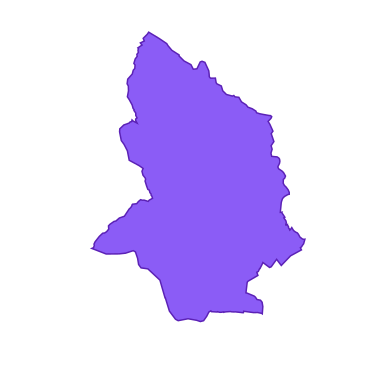 Mioveni, Arges, Romania (Mercator projection), rotated 124°
{"feature_id": "2599482B98376414707582", "entity_name": "Mioveni", "entity_type": "district", "adm_level": 2, "iso_a3": "ROU", "parent_name": "Romania", "parent_adm1": "Arges", "projection": "mercator", "projection_center": [24.948, 44.942], "detail": "fine", "context": "isolated", "style": "filled", "palette": "violet", "viewbox_px": 384, "rotation_deg": 124, "n_neighbors": 0, "source": "geoboundaries", "source_scale": "gbopen_adm2", "svg_char_len": 3703}
<svg xmlns="http://www.w3.org/2000/svg" viewBox="0 0 384 384"><g transform="rotate(124 192 192)"><path d="M306.4,131.5L305.6,130.7L299.3,124.4L295.8,116.5L294.7,112.6L292.2,110.4L286.8,110.3L282.1,110.9L280.0,109.9L280.3,108.9L277.4,104.0L277.0,104.0L276.8,103.4L276.6,102.9L276.6,102.6L276.4,102.3L276.3,101.9L276.2,101.8L276.1,101.5L275.8,101.1L275.4,100.6L275.3,100.4L275.2,100.3L274.8,99.9L274.4,99.5L274.3,99.4L274.2,99.1L273.7,98.7L273.9,98.3L273.6,98.1L273.2,97.8L273.0,97.5L272.9,97.4L272.4,96.9L272.2,96.7L272.0,96.3L271.9,96.2L271.4,95.6L271.1,95.2L270.4,94.3L269.5,93.1L269.3,92.4L268.8,91.5L267.6,89.6L267.2,89.2L266.3,87.4L265.9,86.8L265.3,85.5L264.9,84.8L264.1,83.2L263.6,82.3L263.3,81.9L262.0,82.5L257.5,73.4L255.2,70.2L253.7,66.5L253.7,65.6L247.4,69.2L244.2,72.2L243.4,74.7L244.8,78.0L243.7,80.6L243.5,82.3L245.0,89.7L245.4,90.9L236.3,95.6L235.4,95.8L234.5,95.6L224.3,90.7L222.3,93.4L220.8,92.6L217.7,93.1L217.5,92.8L215.5,93.1L213.5,93.3L210.8,93.8L211.2,85.5L209.7,84.5L200.5,84.2L203.0,76.9L189.8,74.6L178.8,68.9L177.6,71.0L176.2,70.5L174.4,70.6L172.5,70.5L168.6,71.8L168.0,72.0L168.6,72.7L169.2,74.0L169.0,77.3L167.5,80.2L167.0,81.8L167.3,83.7L167.2,85.8L166.8,87.1L165.7,89.4L166.3,89.4L168.1,89.4L168.9,89.6L168.1,90.8L167.8,91.9L166.8,92.6L166.2,93.9L165.8,94.7L165.6,94.8L166.0,95.1L166.9,95.5L166.8,95.9L165.9,96.3L165.3,96.4L164.7,96.6L163.8,97.6L163.4,98.0L162.1,101.4L161.0,100.9L158.9,106.0L158.4,106.1L159.5,107.4L151.0,112.0L149.7,112.5L148.2,112.9L146.7,113.3L145.8,113.1L144.4,112.9L143.3,112.5L142.8,112.2L140.5,111.1L140.0,110.6L139.5,110.1L137.9,111.2L136.5,113.4L135.3,116.7L135.1,117.9L134.9,119.1L133.7,121.3L130.5,123.3L128.8,122.9L126.5,123.4L124.7,127.0L124.3,129.0L124.3,133.2L123.2,134.9L119.2,135.5L117.3,136.4L115.8,137.8L115.3,139.0L115.3,141.1L116.5,143.3L117.9,145.9L115.6,148.3L111.7,149.5L109.4,152.3L104.4,152.3L99.3,159.0L96.3,158.9L92.4,165.2L90.9,168.4L86.9,167.7L85.0,168.0L84.7,169.5L85.6,171.2L87.8,176.2L89.2,179.5L90.2,182.8L89.2,184.3L89.3,188.7L90.4,193.1L89.5,195.8L89.6,201.4L87.3,206.1L89.1,209.6L88.6,211.3L89.9,212.2L91.9,218.0L90.9,223.1L87.7,227.0L88.4,231.8L87.9,233.1L84.5,236.3L87.3,240.3L86.8,242.1L84.7,243.7L82.2,245.8L77.3,253.8L78.0,256.8L79.6,257.9L87.1,256.8L89.5,259.6L87.0,264.1L87.8,271.8L86.5,278.7L85.6,279.3L85.8,287.9L84.1,293.8L83.1,295.9L83.1,305.0L83.7,317.3L86.3,317.3L91.9,318.4L93.5,316.0L97.3,318.2L98.1,315.6L102.8,317.5L103.1,316.6L104.6,316.1L106.4,314.5L108.7,314.7L110.2,313.3L113.4,313.5L117.9,312.1L118.6,310.2L121.6,308.5L123.9,308.8L127.6,307.5L134.4,308.4L138.6,306.3L139.7,304.1L143.7,301.2L149.2,298.8L150.5,295.7L153.3,290.3L155.7,287.5L156.1,286.0L156.9,285.7L158.0,282.8L160.0,281.4L161.3,279.0L163.0,279.5L164.2,278.7L165.6,276.1L166.1,280.4L165.8,282.0L167.4,281.4L168.5,282.5L169.8,282.6L172.0,284.1L174.5,286.0L180.0,287.2L182.6,285.7L188.9,279.4L190.5,275.0L194.0,268.6L196.6,266.0L200.8,261.8L199.7,250.5L199.8,245.7L202.8,245.1L205.5,242.0L206.5,238.8L207.2,237.7L209.2,237.0L212.5,232.9L214.5,230.1L214.4,228.4L216.1,226.5L216.5,224.9L217.6,224.0L217.9,222.9L219.3,221.2L222.6,222.9L224.3,223.1L225.5,227.1L226.6,228.6L227.1,230.3L229.9,231.1L232.6,231.3L235.4,234.5L236.3,234.5L237.2,234.1L239.3,234.1L241.2,234.6L249.9,234.5L254.2,237.7L258.7,238.9L260.0,240.2L264.7,242.0L266.8,242.3L269.3,240.3L272.6,240.6L274.8,241.5L276.1,243.0L280.6,244.0L287.5,244.5L290.0,244.1L291.0,243.1L293.2,242.5L294.8,243.5L291.4,228.5L284.1,217.9L279.9,212.9L273.5,207.9L273.3,205.4L277.5,199.9L282.0,195.7L283.4,191.8L280.4,185.6L283.0,169.3L284.1,168.0L294.8,155.2L294.6,155.0L303.4,144.1L306.7,134.6L306.6,133.4L306.5,132.2L306.4,131.5Z" fill="#8b5cf6" stroke="#5b21b6" stroke-width="1.5"/></g></svg>